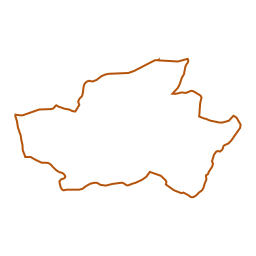 the border of Braga
{"feature_id": "PRT-749", "entity_name": "Braga", "entity_type": "District", "adm_level": 1, "iso_a3": "PRT", "parent_name": "Portugal", "parent_adm1": "", "projection": "natural_earth1", "projection_center": [-8.294, 41.571], "detail": "fine", "context": "isolated", "style": "outline", "palette": "amber", "viewbox_px": 256, "rotation_deg": 0, "n_neighbors": 0, "source": "natural_earth", "source_scale": "10m", "svg_char_len": 2140}
<svg xmlns="http://www.w3.org/2000/svg" viewBox="0 0 256 256"><path d="M158.7,59.8L158.7,60.4L177.9,61.5L187.5,58.9L188.1,59.4L188.2,60.9L187.8,62.6L186.6,64.2L185.5,66.2L183.9,74.3L181.8,77.8L179.9,83.7L178.7,86.3L177.6,88.1L172.5,93.7L175.5,93.8L178.4,93.3L179.8,92.8L181.4,92.5L183.1,92.6L185.1,92.9L186.7,92.7L191.0,90.8L192.5,91.0L194.0,91.6L199.8,95.1L200.9,96.1L201.5,97.7L200.6,101.2L200.1,103.9L199.2,116.5L203.8,118.4L206.3,118.9L208.5,120.0L210.6,120.7L219.3,122.5L222.1,122.6L228.8,120.8L233.4,115.8L235.7,117.0L236.8,118.1L240.6,124.6L240.1,127.9L231.2,140.6L228.5,143.4L224.3,145.3L223.5,146.1L222.4,149.5L220.0,151.6L218.3,151.1L217.2,151.2L216.0,151.9L214.0,154.7L212.0,161.3L212.9,163.4L212.7,164.9L212.0,166.9L208.7,172.0L208.0,174.0L207.0,174.8L206.3,175.0L205.8,176.0L206.3,177.9L206.4,179.4L204.4,184.4L203.7,187.3L203.2,188.4L202.4,189.8L201.4,190.8L200.2,191.6L198.6,192.9L197.7,193.9L196.6,195.0L194.9,196.3L193.2,197.1L190.9,197.1L188.3,195.2L183.5,192.6L181.1,193.1L173.9,190.2L165.9,184.5L166.4,181.9L165.5,180.2L160.9,175.8L149.8,171.9L146.4,176.7L142.0,179.8L135.1,183.0L133.5,183.3L128.2,185.3L126.7,185.3L123.7,183.3L121.9,182.7L112.6,183.9L105.8,185.6L100.2,184.8L98.6,183.7L96.9,182.8L94.1,182.8L90.3,183.7L86.1,186.1L84.3,187.3L82.7,188.8L80.8,189.2L79.1,189.7L66.5,189.7L64.3,190.2L63.5,190.3L61.9,189.4L60.7,187.3L59.8,183.6L59.4,181.4L61.1,179.3L63.3,178.7L64.6,178.0L65.3,176.5L64.5,174.8L62.3,172.9L59.7,172.3L56.6,170.5L52.7,166.8L51.4,165.2L49.5,163.6L47.3,162.8L41.7,162.7L35.9,160.0L30.6,157.0L25.3,157.0L25.3,156.8L22.8,150.4L22.4,144.5L21.4,140.6L20.8,135.9L17.9,127.3L16.9,121.0L15.4,116.3L15.4,114.7L16.4,114.8L20.8,115.4L23.0,115.2L39.3,109.5L50.8,109.1L52.8,108.7L54.5,107.3L55.2,106.1L56.3,105.3L58.2,106.5L64.8,108.8L69.3,109.5L71.7,110.8L73.8,111.4L75.3,111.5L79.3,104.9L78.2,101.9L78.7,100.2L79.8,98.3L81.8,96.4L82.5,94.5L82.9,92.4L83.4,88.2L83.8,86.0L84.5,83.9L86.3,82.0L87.4,81.3L89.2,80.8L91.1,81.3L92.9,81.4L96.6,79.9L100.6,76.8L102.3,75.8L105.4,74.5L108.8,73.8L128.3,73.0L133.8,71.1L155.0,60.2L157.8,60.2L158.6,59.9L158.7,59.8Z" fill="none" stroke="#b45309" stroke-width="2"/></svg>